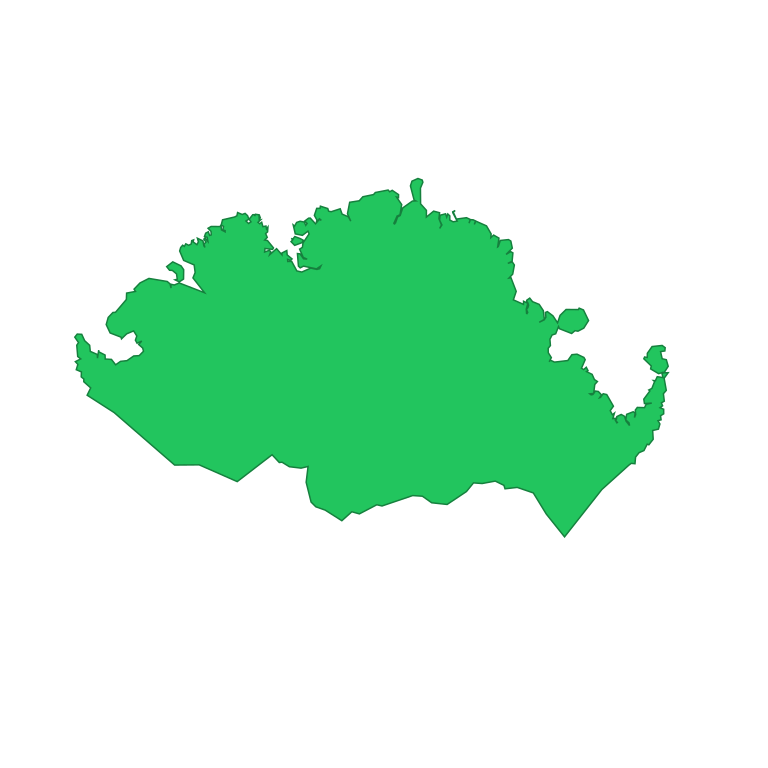 the district of Kitti, Pohnpei, Federated States of Micronesia, rotated 148°
{"feature_id": "79324940B78649033113369", "entity_name": "Kitti", "entity_type": "district", "adm_level": 2, "iso_a3": "FSM", "parent_name": "Federated States of Micronesia", "parent_adm1": "Pohnpei", "projection": "mercator", "projection_center": [158.19, 6.848], "detail": "fine", "context": "isolated", "style": "filled", "palette": "green", "viewbox_px": 768, "rotation_deg": 148, "n_neighbors": 0, "source": "geoboundaries", "source_scale": "gbopen_adm2", "svg_char_len": 6173}
<svg xmlns="http://www.w3.org/2000/svg" viewBox="0 0 768 768"><g transform="rotate(148 384 384)"><path d="M148.0,229.0L143.4,240.4L137.0,243.0L140.6,245.1L133.6,248.4L131.7,255.0L134.7,258.0L132.3,264.9L128.3,263.2L126.3,265.8L127.7,269.3L136.8,273.7L144.4,270.5L146.7,267.0L148.7,268.8L150.3,267.7L147.8,257.7L149.9,255.5L145.6,247.2L141.2,246.1L140.9,245.5L142.8,245.3L144.0,241.6L148.4,245.4L152.1,243.0L153.6,244.1L153.2,242.7L159.2,238.3L162.6,238.6L162.2,237.2L171.7,233.5L173.5,229.4L167.0,225.9L172.4,227.9L175.6,225.9L181.6,229.9L184.7,228.7L186.8,224.7L189.4,222.8L186.4,226.4L187.4,228.4L194.3,229.7L198.0,225.4L196.8,221.2L197.8,218.6L198.4,224.5L197.1,229.1L199.0,232.5L203.8,233.0L205.4,231.1L206.8,230.4L206.5,227.7L207.1,227.7L207.0,230.9L205.3,232.0L208.3,233.4L204.0,237.2L206.6,236.9L206.3,241.5L201.2,243.6L200.7,257.0L203.3,259.6L207.5,257.9L208.4,258.1L205.3,259.5L206.2,264.1L208.5,266.0L212.3,264.4L213.5,264.7L214.2,265.2L214.7,266.6L211.2,264.9L205.5,271.9L201.7,273.0L203.2,276.3L202.4,281.9L205.7,287.2L203.9,287.3L203.6,291.0L207.0,290.4L208.2,292.7L200.5,298.0L200.4,300.6L204.5,307.0L209.1,309.3L215.7,306.5L227.8,312.2L230.3,316.1L232.2,315.3L228.1,317.7L228.1,323.5L225.8,327.3L222.5,328.4L219.6,334.0L215.5,336.5L211.8,335.6L205.6,340.2L205.9,337.9L198.1,327.4L193.8,328.0L191.5,326.0L185.0,325.5L176.9,329.4L175.6,341.1L178.3,344.9L179.7,344.1L190.1,350.7L198.3,348.9L204.4,343.9L204.6,352.3L207.1,358.8L209.1,359.1L211.4,354.8L214.2,353.5L219.7,354.1L213.8,353.8L210.0,361.8L210.2,369.3L214.4,375.1L214.9,379.6L218.5,379.4L219.1,378.7L219.0,376.2L219.7,374.1L221.5,372.5L223.6,371.8L224.2,368.5L225.4,367.9L225.7,368.3L223.7,372.1L219.3,376.2L221.8,380.2L223.5,377.6L229.7,386.8L222.8,392.5L220.0,406.9L221.8,407.6L216.6,409.0L210.4,415.8L210.5,419.5L215.1,420.7L210.3,420.2L205.2,426.9L206.4,429.1L211.8,429.2L203.2,431.2L200.7,438.0L201.9,440.5L209.3,444.1L214.0,440.2L214.5,440.0L215.0,440.0L209.2,446.8L212.1,452.2L215.9,451.5L213.6,454.5L213.3,463.8L219.9,473.6L221.8,472.1L222.9,471.5L219.9,473.7L221.4,476.0L223.6,477.6L226.7,475.3L223.7,477.9L225.9,481.3L235.2,485.5L234.2,493.0L231.7,493.4L234.5,493.6L234.9,492.8L235.6,483.4L239.4,484.9L241.3,488.2L239.1,491.7L239.8,494.4L242.4,492.3L241.6,495.7L247.0,497.4L250.0,493.5L250.6,488.2L254.4,486.4L251.0,488.4L249.8,495.1L246.1,499.8L250.3,504.3L259.6,503.1L256.0,508.8L257.5,517.4L249.3,530.8L244.1,534.5L243.5,536.7L246.3,540.3L252.8,541.2L256.6,538.0L261.0,524.0L260.1,522.5L263.0,524.1L274.8,523.4L281.0,518.3L283.9,518.5L288.9,514.5L289.9,515.1L290.3,513.6L290.5,515.0L283.9,519.5L280.8,519.0L273.9,526.8L274.3,535.9L272.9,534.4L271.3,536.9L274.4,543.9L277.3,544.0L277.7,546.3L289.9,551.0L292.5,550.2L302.7,554.0L307.9,552.5L316.8,556.3L324.8,547.7L325.9,539.7L325.6,544.6L329.5,550.3L328.3,555.8L337.5,558.1L339.4,559.9L338.7,562.6L343.7,568.5L345.2,566.9L348.0,568.6L353.7,563.9L354.0,558.5L355.8,556.9L351.2,558.4L350.4,556.0L351.8,557.9L357.2,556.1L358.6,563.8L360.1,564.6L364.8,564.2L364.1,560.9L366.3,560.0L365.8,563.6L368.9,566.5L372.5,567.3L376.1,565.3L376.7,567.0L379.7,558.3L374.4,553.3L367.5,553.9L368.0,551.0L378.0,546.5L380.8,543.1L384.1,543.1L385.4,534.1L383.0,530.6L385.9,532.8L386.3,538.9L388.3,540.5L394.1,529.3L393.5,526.9L389.8,526.6L380.2,517.4L374.9,517.6L377.5,515.9L380.2,516.7L384.7,521.1L394.4,522.5L398.0,526.1L397.3,536.9L400.7,538.9L399.7,540.8L397.8,538.4L395.7,538.8L397.7,544.8L395.7,548.7L401.1,549.2L402.1,547.6L403.4,555.7L412.5,554.2L410.0,556.2L410.4,558.1L415.3,559.2L413.1,562.0L407.2,557.2L405.6,558.0L406.8,567.4L408.9,569.3L405.3,570.2L404.7,574.3L402.1,574.7L399.3,578.6L401.5,577.7L400.4,580.5L403.3,581.6L402.0,586.0L404.5,585.8L405.2,587.9L401.7,588.6L402.9,589.1L401.3,592.0L401.0,589.7L400.2,593.6L403.0,596.0L404.7,594.9L403.8,596.1L405.6,597.1L411.0,595.2L410.9,592.0L413.8,591.9L414.7,595.4L411.2,595.4L410.5,599.1L411.4,602.3L414.4,602.9L417.3,607.0L419.6,604.6L422.2,604.8L433.9,608.8L437.8,605.1L436.6,602.7L439.1,600.0L437.4,598.3L438.1,597.2L440.2,600.8L438.0,605.2L439.6,604.4L447.1,609.2L450.7,609.3L449.8,605.1L451.5,602.0L453.2,602.4L452.3,606.2L455.3,606.4L458.1,604.2L456.2,602.1L457.8,598.2L458.4,602.7L460.0,602.3L459.8,598.7L462.6,598.0L463.5,594.7L463.5,596.8L461.7,601.3L465.0,606.5L466.1,602.9L468.8,601.3L470.6,605.7L469.1,607.1L471.1,607.5L473.3,604.9L476.1,605.1L477.8,607.9L480.4,606.5L481.2,608.4L484.1,607.5L486.8,605.1L488.4,595.0L481.9,585.6L485.1,578.6L489.8,575.2L487.8,556.4L504.1,578.2L509.4,579.1L511.8,581.5L513.8,578.2L512.4,582.3L513.5,585.8L527.4,598.1L537.4,599.0L545.7,596.9L545.7,594.2L554.1,597.5L557.7,592.2L573.7,587.1L576.0,588.3L582.6,586.6L588.1,581.6L589.2,572.4L582.2,563.1L582.7,561.4L575.6,562.9L568.2,561.7L568.2,555.7L571.6,552.9L571.8,549.5L566.7,548.8L571.1,547.5L569.6,542.4L570.6,539.2L576.6,537.8L581.4,540.4L589.6,540.0L595.4,542.8L601.4,542.5L602.1,549.3L607.2,552.9L605.2,556.4L608.8,562.4L608.0,563.9L613.3,557.7L611.5,561.0L615.8,567.3L613.1,572.8L614.9,579.4L614.0,586.3L617.7,588.9L621.4,587.6L621.1,581.0L624.0,579.7L629.2,569.6L627.9,566.0L633.9,566.5L633.2,562.9L637.4,559.2L634.2,554.6L637.0,550.5L635.9,547.3L637.4,545.0L634.8,536.1L641.7,531.8L628.0,502.8L604.5,426.2L583.6,413.4L560.2,379.0L516.4,383.3L514.4,372.9L511.9,371.7L508.1,364.0L498.9,356.6L492.1,354.3L502.1,341.9L508.4,322.5L506.9,316.0L500.7,308.2L492.2,290.4L479.0,292.7L473.7,286.9L454.1,285.4L450.3,281.6L418.8,274.2L410.9,268.5L406.5,258.0L394.3,248.4L371.1,249.1L360.5,252.7L353.5,247.6L341.1,242.7L336.0,234.5L336.9,231.0L325.8,225.7L315.1,212.5L315.3,187.7L311.9,158.7L255.1,179.1L219.5,185.4L216.4,185.7L213.4,183.4L209.4,188.7L204.1,190.6L198.8,189.8L192.7,193.5L191.6,192.1L185.0,194.5L180.8,202.2L175.2,200.3L171.2,203.9L171.1,207.7L168.0,206.8L166.3,210.5L162.6,210.5L160.2,214.4L162.5,217.6L159.3,217.9L158.8,221.0L155.4,220.9L152.2,227.7L148.0,229.0ZM506.0,583.1L503.5,579.1L498.4,579.2L493.3,587.1L493.5,591.7L498.4,599.5L506.1,598.7L505.6,594.1L503.3,592.5L501.6,587.3L503.8,582.4L506.0,583.1ZM378.5,547.3L376.3,548.7L377.9,551.6L381.5,556.3L384.5,555.2L385.5,556.6L385.0,554.6L387.4,554.0L386.3,548.9L378.5,547.3Z" fill="#22c55e" stroke="#15803d" stroke-width="1.5"/></g></svg>